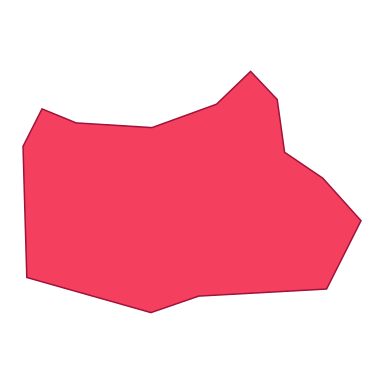 outline of San Ġwann
{"feature_id": "MLT-5937", "entity_name": "San Ġwann", "entity_type": "state/province", "adm_level": 1, "iso_a3": "MLT", "parent_name": "Malta", "parent_adm1": "", "projection": "mercator", "projection_center": [14.476, 35.906], "detail": "fine", "context": "isolated", "style": "filled", "palette": "rose", "viewbox_px": 384, "rotation_deg": 0, "n_neighbors": 0, "source": "natural_earth", "source_scale": "10m", "svg_char_len": 305}
<svg xmlns="http://www.w3.org/2000/svg" viewBox="0 0 384 384"><path d="M250.6,71.4L277.2,99.5L284.6,152.3L322.8,178.2L361.0,220.7L326.6,289.0L198.7,296.1L150.9,312.6L26.8,277.5L23.0,146.4L42.0,108.9L76.1,122.9L152.0,127.6L216.5,104.2L250.6,71.4Z" fill="#f43f5e" stroke="#9f1239" stroke-width="1.5"/></svg>